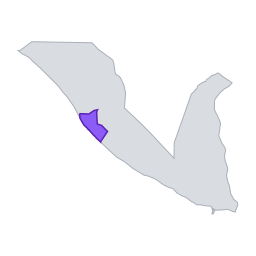 location of Shabeellaha Dhexe within Somalia, rotated 91°
{"feature_id": "SOM-2410", "entity_name": "Shabeellaha Dhexe", "entity_type": "Region", "adm_level": 1, "iso_a3": "SOM", "parent_name": "Somalia", "parent_adm1": "", "projection": "albers", "projection_center": [46.104, 3.02], "detail": "fine", "context": "in_parent", "style": "filled", "palette": "violet", "viewbox_px": 256, "rotation_deg": 91, "n_neighbors": 0, "source": "natural_earth", "source_scale": "10m", "svg_char_len": 2867}
<svg xmlns="http://www.w3.org/2000/svg" viewBox="0 0 256 256"><g transform="rotate(91 128 128)"><path d="M52.5,237.8L52.2,237.2L50.7,235.2L47.8,231.4L45.6,228.6L43.4,225.7L43.4,223.4L43.4,216.6L43.4,202.8L43.4,189.1L43.4,175.4L43.4,168.5L43.4,165.7L43.7,165.2L46.2,162.7L49.6,159.4L54.1,153.1L56.5,149.7L58.5,146.8L59.0,145.9L60.8,144.2L64.1,143.2L66.2,143.0L73.3,141.7L74.3,141.2L74.9,140.6L75.5,139.2L76.9,137.3L78.7,136.0L82.1,134.3L85.4,132.8L86.2,132.6L90.2,131.7L91.1,131.4L92.8,131.0L93.4,131.0L98.9,131.4L103.3,131.6L107.8,131.9L108.2,131.7L111.4,128.3L116.3,122.8L119.5,119.4L124.4,114.0L128.2,110.2L132.3,105.9L136.3,102.0L141.2,97.3L144.3,94.3L149.0,89.7L153.5,85.3L157.5,81.5L152.0,81.5L146.6,81.5L141.3,81.5L140.3,81.0L135.9,79.5L130.2,77.6L123.2,75.3L118.2,73.6L112.9,71.8L107.5,70.1L103.3,68.7L98.0,66.9L93.4,65.4L92.8,65.0L90.3,62.7L86.9,59.7L86.3,59.6L84.7,59.0L83.3,57.4L81.8,55.3L80.4,52.7L79.9,50.9L78.0,50.1L77.2,48.7L75.5,46.7L74.4,45.6L74.0,44.8L73.4,42.9L72.5,41.0L71.6,39.7L71.4,39.2L71.4,38.9L73.1,36.2L73.9,35.3L74.7,34.3L75.4,33.4L75.7,32.8L77.8,29.6L79.6,26.9L81.0,24.7L84.1,27.2L87.2,32.2L90.7,36.3L95.7,40.1L97.6,41.4L99.4,42.0L108.4,41.9L114.7,38.5L120.5,36.0L122.5,35.5L125.8,36.2L129.6,36.4L132.9,37.1L134.6,36.9L141.2,34.0L145.3,31.2L148.2,30.0L149.3,30.0L153.1,31.0L158.1,30.6L164.9,28.1L167.0,27.6L168.7,27.6L172.4,28.7L172.9,28.6L174.9,28.4L180.2,27.2L184.3,25.5L191.8,24.2L197.6,21.0L198.6,19.4L200.3,17.5L202.8,16.8L209.3,19.1L210.3,19.3L209.9,20.6L209.7,22.0L208.4,24.5L207.6,27.2L208.2,31.4L208.6,38.2L208.4,39.2L208.0,40.2L207.8,40.9L207.1,41.2L206.8,41.6L207.3,41.8L209.3,41.1L209.3,40.2L209.4,39.8L211.1,40.7L212.3,41.1L212.6,42.0L212.5,42.6L210.6,42.3L209.7,41.8L206.9,42.6L205.2,43.4L204.7,44.7L204.3,50.1L203.6,53.5L203.5,58.1L201.3,61.1L200.5,63.3L197.2,67.6L195.4,71.2L194.9,73.0L191.9,78.1L187.9,81.9L186.4,86.9L185.0,90.0L183.3,92.8L179.8,97.8L177.9,101.2L175.6,107.3L174.9,111.1L168.5,122.2L161.7,131.0L157.6,138.4L150.0,147.1L139.7,158.2L126.3,171.4L122.6,174.1L107.8,182.3L98.3,189.1L93.3,193.7L88.2,197.7L84.1,201.6L71.7,214.5L70.5,215.8L69.3,216.9L67.7,219.1L66.6,220.0L63.7,223.7L61.8,225.6L59.7,227.5L58.9,228.8L58.2,230.3L57.5,231.2L55.7,234.9L54.0,237.3L52.4,239.2L52.5,237.8Z" fill="#d9dde1" stroke="#a8b0b8" stroke-width="1"/><path d="M142.4,155.2L141.9,155.7L139.0,159.1L136.8,161.0L135.6,162.5L133.4,164.4L132.2,165.6L131.2,166.3L131.1,166.6L131.0,166.8L130.9,166.8L130.6,166.9L130.4,167.2L130.3,167.5L130.2,167.8L129.9,168.0L129.3,168.3L127.8,169.9L127.6,170.1L127.3,170.6L127.1,170.8L126.5,171.3L126.2,171.8L125.9,172.0L122.6,174.1L120.7,175.2L119.0,176.2L116.6,176.4L115.5,176.7L114.5,176.2L114.7,167.4L111.1,162.2L110.3,158.8L111.6,159.4L113.6,159.6L124.5,158.8L125.9,154.4L126.0,154.4L126.7,153.6L131.8,148.4L142.3,155.2L142.4,155.2Z" fill="#8b5cf6" stroke="#5b21b6" stroke-width="1.5"/></g></svg>